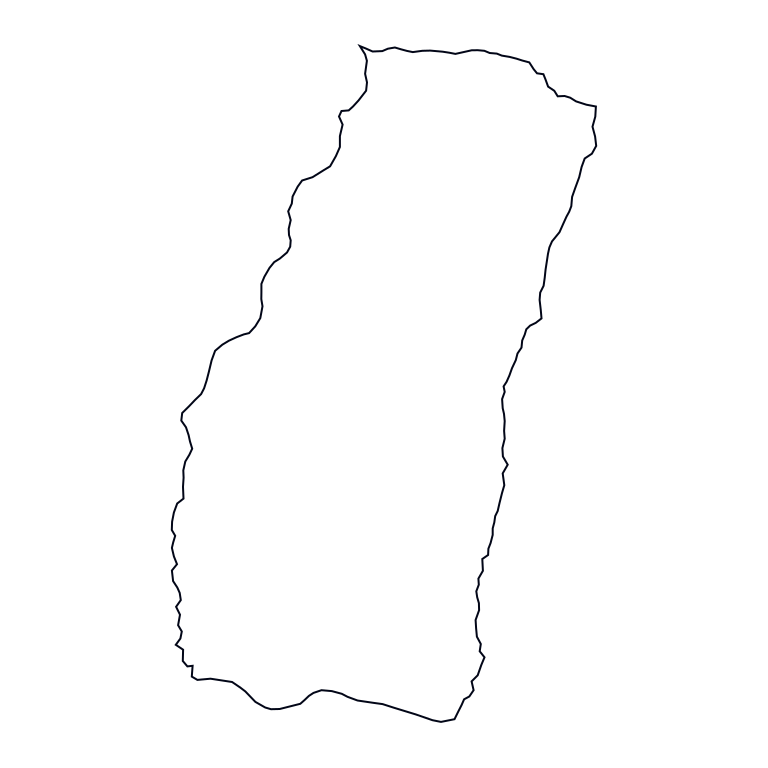 the district of Taciba, São Paulo, Brazil
{"feature_id": "56859067B58101477098710", "entity_name": "Taciba", "entity_type": "district", "adm_level": 2, "iso_a3": "BRA", "parent_name": "Brazil", "parent_adm1": "São Paulo", "projection": "orthographic", "projection_center": [-51.338, -22.499], "detail": "fine", "context": "isolated", "style": "outline", "palette": "ink", "viewbox_px": 768, "rotation_deg": 0, "n_neighbors": 0, "source": "geoboundaries", "source_scale": "gbopen_adm2", "svg_char_len": 2895}
<svg xmlns="http://www.w3.org/2000/svg" viewBox="0 0 768 768"><path d="M182.2,413.0L181.3,420.6L186.0,427.3L188.6,435.1L190.0,441.5L192.2,448.7L189.4,454.7L185.3,461.5L183.3,470.4L183.6,477.7L183.0,486.8L183.5,498.6L177.2,503.5L173.9,512.5L172.1,521.7L171.8,530.0L175.2,535.8L173.2,542.4L171.9,547.9L173.9,556.4L177.0,564.2L171.9,570.5L173.1,581.1L177.3,587.5L179.7,592.9L180.8,600.1L176.1,606.8L180.0,614.7L178.1,625.2L181.8,631.5L180.4,638.5L175.8,644.8L183.1,649.7L182.8,661.0L187.4,666.4L192.6,665.8L191.8,676.6L197.4,679.9L210.5,678.7L232.1,682.0L240.6,687.8L245.3,691.4L255.4,701.9L265.2,707.5L271.0,709.2L279.7,709.0L300.3,703.8L304.5,700.1L308.9,695.9L313.5,692.9L321.5,690.2L331.8,691.1L341.8,693.8L347.5,696.8L357.5,700.5L373.1,702.8L382.6,704.1L393.8,707.7L415.7,714.4L432.5,720.2L441.0,721.9L454.5,719.2L458.1,711.9L461.6,705.0L464.1,699.3L469.3,696.5L473.6,690.2L471.6,681.4L477.7,675.3L481.3,665.0L484.5,657.3L479.7,651.3L480.8,644.0L476.9,636.7L476.1,628.2L475.6,620.0L479.1,610.2L478.9,603.1L477.2,597.3L476.3,591.3L478.8,584.7L478.4,578.6L482.9,570.8L482.3,559.0L488.1,555.0L488.4,548.7L490.6,543.0L492.7,534.9L492.7,528.4L494.3,522.4L495.2,516.1L497.7,511.0L499.5,503.1L502.0,493.1L504.3,485.2L502.7,473.4L507.7,464.7L502.9,456.5L502.4,448.1L504.7,438.7L504.1,430.9L504.7,421.1L504.0,413.9L502.7,408.2L502.1,399.1L504.7,391.9L503.6,386.4L506.6,381.8L509.4,375.5L512.0,368.2L515.8,360.1L517.5,353.5L521.5,347.6L522.2,340.5L524.7,334.7L526.3,329.3L530.1,325.6L535.7,322.9L541.5,318.4L540.8,310.3L539.6,299.9L540.2,292.6L543.6,285.8L544.7,277.9L545.6,269.4L546.9,261.0L548.0,253.7L549.4,247.4L552.0,241.4L559.5,232.2L563.1,224.1L566.5,216.6L569.2,211.7L571.3,206.2L572.1,196.9L575.2,188.1L579.2,177.2L581.6,167.0L584.7,158.5L591.9,153.7L596.2,145.9L595.1,136.5L592.5,126.7L595.3,116.6L595.9,106.5L586.4,104.7L576.1,101.4L570.2,97.7L564.6,96.0L557.7,96.3L554.3,90.8L548.1,86.6L545.6,79.7L543.4,74.2L537.0,73.3L533.6,69.1L529.3,62.4L522.2,60.5L516.6,58.7L509.6,56.9L501.8,55.6L496.8,53.6L489.7,53.0L484.4,50.8L477.7,50.2L471.6,50.3L462.6,52.3L455.4,53.9L449.2,52.7L442.7,51.7L436.0,51.1L430.2,50.6L422.4,50.8L412.8,52.1L406.9,50.9L401.0,49.3L394.9,47.5L387.9,48.7L382.3,51.1L372.6,51.5L365.6,48.4L359.9,46.1L365.1,54.4L366.9,60.8L365.1,73.8L367.0,82.4L366.1,90.7L358.5,100.5L353.0,106.5L348.7,110.4L341.5,111.0L339.0,116.5L342.6,124.6L339.9,136.1L339.9,147.0L335.9,156.1L330.1,166.3L323.7,170.2L312.5,177.2L302.1,180.5L297.7,186.6L292.6,196.5L291.8,203.6L288.2,211.3L290.7,220.1L288.7,228.9L289.0,235.0L290.7,240.3L290.2,246.7L287.0,252.5L279.8,258.6L274.2,262.1L269.5,267.9L264.4,276.7L261.4,283.9L261.4,292.7L261.3,299.1L262.5,306.3L260.3,318.1L255.3,326.3L249.1,333.1L243.8,334.4L236.5,337.2L228.9,340.7L222.3,344.7L215.1,350.8L211.6,360.4L208.9,371.7L206.6,380.6L204.1,388.3L201.1,394.1L194.9,400.1L189.0,406.3L182.2,413.0Z" fill="none" stroke="#020617" stroke-width="2"/></svg>